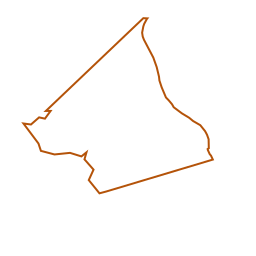 the district of Bracken, Kentucky, United States of America, rotated 52°
{"feature_id": "52423323B34365649324195", "entity_name": "Bracken", "entity_type": "district", "adm_level": 2, "iso_a3": "USA", "parent_name": "United States of America", "parent_adm1": "Kentucky", "projection": "orthographic", "projection_center": [-84.084, 38.689], "detail": "fine", "context": "isolated", "style": "outline", "palette": "amber", "viewbox_px": 256, "rotation_deg": 52, "n_neighbors": 0, "source": "geoboundaries", "source_scale": "gbopen_adm2", "svg_char_len": 703}
<svg xmlns="http://www.w3.org/2000/svg" viewBox="0 0 256 256"><g transform="rotate(52 128 128)"><path d="M64.9,191.5L65.5,202.3L60.1,207.6L85.1,208.1L92.4,210.7L103.6,202.2L111.9,189.0L121.7,182.2L121.6,175.7L125.9,181.6L139.6,180.8L144.9,191.0L161.9,190.7L164.5,184.6L205.1,80.6L200.9,79.6L198.9,79.7L194.4,78.6L193.6,78.2L193.7,76.8L186.5,71.4L182.0,69.9L178.0,69.2L170.3,69.3L162.6,72.4L157.6,73.5L149.7,76.5L139.8,79.2L136.5,78.7L136.0,78.7L131.0,78.9L127.3,79.3L116.6,76.4L109.9,74.0L106.7,72.0L97.7,67.9L88.1,64.7L68.3,61.1L65.0,60.1L61.6,58.2L57.4,53.4L55.9,51.1L53.6,45.8L53.5,45.3L50.9,48.3L64.0,182.2L66.9,178.5L69.5,187.7L64.9,191.5Z" fill="none" stroke="#b45309" stroke-width="2"/></g></svg>